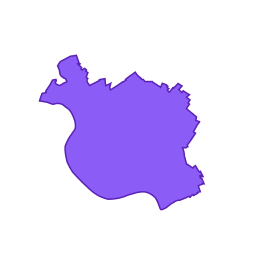 Khoai Chau, Hưng Yên, Vietnam (Robinson projection), rotated 332°
{"feature_id": "81297802B59998896925567", "entity_name": "Khoai Chau", "entity_type": "district", "adm_level": 2, "iso_a3": "VNM", "parent_name": "Vietnam", "parent_adm1": "Hưng Yên", "projection": "robinson", "projection_center": [105.98, 20.831], "detail": "fine", "context": "isolated", "style": "filled", "palette": "violet", "viewbox_px": 256, "rotation_deg": 332, "n_neighbors": 0, "source": "geoboundaries", "source_scale": "gbopen_adm2", "svg_char_len": 5244}
<svg xmlns="http://www.w3.org/2000/svg" viewBox="0 0 256 256"><g transform="rotate(332 128 128)"><path d="M194.2,121.0L192.2,122.0L191.6,120.1L191.0,117.9L194.1,116.8L195.4,116.3L193.1,112.2L189.0,113.6L187.3,114.1L187.2,113.7L186.4,114.0L186.3,113.6L183.4,114.9L181.3,115.8L180.5,113.0L182.5,112.4L181.5,110.8L182.7,109.9L182.2,109.4L182.4,109.1L182.0,108.4L182.3,108.2L182.1,107.9L181.0,106.5L179.3,104.6L175.9,107.4L175.5,106.2L175.2,105.7L174.8,105.2L174.5,105.0L174.2,104.7L174.1,104.4L174.0,104.0L173.9,103.6L173.6,103.0L173.4,102.5L173.0,102.1L172.7,101.8L172.5,101.5L172.4,101.2L172.3,100.9L172.2,100.6L172.1,100.2L171.8,99.8L171.5,99.5L171.3,99.2L171.2,98.9L171.2,98.5L171.2,98.3L170.5,98.0L169.9,97.7L168.8,97.1L166.6,95.9L164.8,95.0L164.3,92.4L164.0,92.3L163.5,92.0L163.3,91.7L162.9,91.3L162.7,90.9L163.0,90.5L161.4,86.8L160.9,84.8L160.7,83.4L160.6,82.1L159.7,82.2L158.7,82.3L157.4,82.6L156.3,82.8L155.5,82.9L154.9,82.8L148.6,83.9L148.6,84.8L145.6,85.1L145.3,84.7L138.9,85.5L133.1,85.9L130.4,86.1L130.5,84.7L130.8,83.8L131.8,82.6L133.8,80.4L132.5,80.5L128.3,80.2L129.2,77.4L130.4,74.7L130.8,73.6L125.9,72.0L125.5,71.9L125.5,72.6L125.0,72.6L120.0,72.6L114.1,72.5L114.0,71.5L113.8,70.0L113.6,68.8L113.6,67.7L114.5,66.3L114.8,65.7L115.4,65.6L115.7,65.5L115.0,63.4L115.8,62.7L117.2,61.6L118.6,60.2L117.3,58.3L118.6,57.4L118.6,57.0L118.3,56.3L117.7,54.9L115.4,55.2L114.8,55.3L114.2,54.1L115.4,53.1L114.4,49.6L115.6,48.9L114.8,48.5L114.3,48.4L113.9,48.5L113.8,47.5L114.4,47.4L114.9,47.5L115.3,47.7L116.5,39.6L115.2,39.1L113.5,38.6L110.9,37.6L102.6,37.6L100.0,37.6L99.0,37.8L97.0,38.8L95.8,39.6L95.4,39.8L95.3,40.2L95.0,40.2L94.9,41.1L94.7,43.2L94.7,43.4L94.6,44.2L94.4,45.2L94.2,45.9L93.5,47.8L93.2,48.8L93.2,49.2L93.3,49.9L93.4,50.8L93.5,51.3L94.7,53.0L94.5,53.3L95.9,55.2L95.9,56.9L95.9,58.0L95.6,58.4L94.2,58.4L92.7,58.2L91.8,58.2L89.8,58.4L87.9,58.5L86.4,57.1L85.1,55.3L85.2,54.2L85.6,52.8L86.7,52.9L87.0,52.2L87.2,51.3L85.0,50.6L83.8,50.3L79.1,53.4L72.7,56.8L72.4,58.3L71.9,58.1L70.6,57.8L68.9,57.3L68.7,57.1L68.2,57.2L67.1,58.3L64.2,60.9L62.6,62.6L62.8,62.7L66.2,65.3L68.5,67.1L69.8,68.5L71.0,69.9L72.6,71.6L73.4,72.0L74.6,72.3L75.8,72.6L77.0,73.0L79.0,74.3L80.0,75.1L81.2,76.5L81.9,78.0L82.7,80.0L83.5,81.4L83.6,81.7L84.5,83.7L85.0,85.8L85.1,87.3L85.2,87.6L85.2,89.1L85.1,90.9L85.0,92.5L84.8,93.8L84.6,95.9L84.0,98.2L83.0,100.7L82.1,102.3L81.0,103.9L80.3,104.4L77.1,106.0L75.2,107.0L72.7,108.3L71.1,109.1L69.1,110.5L67.1,112.0L66.6,112.4L66.3,112.6L64.7,113.9L63.7,115.0L62.9,116.5L62.1,118.0L61.1,120.4L60.3,122.5L60.2,123.0L59.4,125.5L58.5,128.7L58.3,129.9L58.2,131.4L58.2,132.5L58.2,133.3L58.2,133.6L58.1,134.9L58.2,136.7L58.3,137.9L58.3,139.1L58.4,139.9L58.4,140.6L58.7,141.9L59.0,142.9L59.3,144.3L59.6,145.5L59.9,146.5L60.2,147.7L62.1,154.2L62.9,156.6L63.1,157.4L63.6,158.7L63.9,159.6L64.2,160.4L65.2,163.5L66.9,167.9L67.9,169.9L69.9,173.4L70.0,173.6L71.1,175.2L71.8,176.0L72.3,176.7L73.7,178.3L75.3,180.0L76.8,181.3L77.0,181.5L77.8,182.0L78.4,182.2L81.2,183.5L83.7,184.5L86.7,185.5L89.2,186.1L92.1,186.7L96.7,187.3L99.0,187.7L102.5,188.5L103.6,188.7L104.0,188.7L107.9,189.9L110.8,191.1L112.7,192.2L113.9,193.2L114.8,194.0L116.5,196.2L117.8,198.3L118.4,199.8L118.9,200.8L119.4,202.5L119.4,202.9L119.5,205.0L119.3,208.8L118.8,212.2L118.6,213.7L118.6,214.9L118.6,215.3L119.6,215.9L120.4,216.2L121.6,216.1L123.6,216.3L125.3,216.1L127.6,215.6L128.7,215.5L129.5,215.2L130.1,215.1L133.8,215.1L134.2,215.0L134.9,214.9L135.9,214.9L136.7,215.0L137.9,215.2L139.0,215.6L139.9,216.1L142.6,216.4L144.6,216.6L146.7,216.8L147.7,216.8L149.0,216.9L149.6,216.9L149.8,217.0L150.0,217.2L150.0,217.4L150.0,217.7L150.0,218.0L150.2,218.3L150.3,218.3L150.8,218.2L151.6,217.7L152.5,217.4L153.4,217.4L154.1,217.3L154.1,218.4L158.5,218.3L158.9,218.3L158.9,217.6L160.1,217.7L161.0,217.9L161.9,218.2L162.1,217.3L162.2,216.4L162.4,215.3L162.5,214.6L162.7,213.5L162.9,212.7L163.0,212.1L163.4,212.1L164.4,212.1L165.2,212.2L165.9,212.3L167.3,212.5L167.5,212.0L169.0,213.0L169.2,210.6L169.5,207.0L168.4,206.2L168.7,205.0L169.0,203.9L169.7,204.2L170.1,204.3L169.9,205.1L171.4,206.1L171.4,204.9L171.5,204.4L171.5,202.5L171.6,200.2L170.3,200.2L170.2,199.3L170.1,198.2L170.0,196.2L169.9,194.3L169.8,192.8L167.9,193.1L167.1,193.3L166.5,193.5L166.2,193.5L165.3,191.7L164.3,189.7L163.2,187.7L162.7,187.5L163.2,185.3L163.9,182.6L164.4,180.2L164.7,178.7L164.8,178.5L165.0,178.3L165.2,178.1L166.4,174.4L166.8,171.7L166.9,171.0L167.7,171.3L168.7,172.0L169.1,172.3L169.6,172.6L169.9,172.7L170.2,172.7L170.5,172.7L170.8,172.6L171.0,172.4L171.3,172.4L171.6,172.3L172.1,172.5L172.1,171.9L172.2,171.3L172.3,171.1L172.5,170.8L173.0,170.6L175.3,169.5L178.3,168.0L185.2,164.3L183.9,162.2L184.7,161.6L186.1,160.7L186.8,160.2L187.3,160.0L188.0,159.5L188.8,159.0L189.5,158.5L190.1,158.1L190.5,157.8L191.0,157.6L191.6,157.2L192.6,156.9L193.4,156.5L194.1,156.0L193.7,155.5L192.9,154.7L191.9,153.6L191.5,153.0L191.9,152.6L193.7,150.4L193.0,148.8L192.4,147.4L192.1,146.3L191.3,144.7L191.0,143.9L190.3,142.3L188.8,138.5L188.7,138.2L189.8,137.7L193.5,135.8L192.8,134.2L193.6,133.7L194.4,133.2L195.5,132.6L195.9,132.3L195.4,131.1L194.8,129.8L194.4,129.0L194.1,128.3L194.5,128.2L196.2,127.8L197.9,127.5L196.3,124.9L194.2,121.0Z" fill="#8b5cf6" stroke="#5b21b6" stroke-width="1.5"/></g></svg>